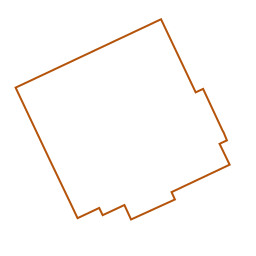 outline of Wyandot, Ohio, United States of America, rotated 245°
{"feature_id": "52423323B18569406073310", "entity_name": "Wyandot", "entity_type": "district", "adm_level": 2, "iso_a3": "USA", "parent_name": "United States of America", "parent_adm1": "Ohio", "projection": "mercator", "projection_center": [-83.399, 40.84], "detail": "fine", "context": "isolated", "style": "outline", "palette": "amber", "viewbox_px": 256, "rotation_deg": 245, "n_neighbors": 0, "source": "geoboundaries", "source_scale": "gbopen_adm2", "svg_char_len": 371}
<svg xmlns="http://www.w3.org/2000/svg" viewBox="0 0 256 256"><g transform="rotate(245 128 128)"><path d="M83.3,44.1L67.6,44.2L67.7,68.1L59.7,68.2L59.7,92.2L43.8,92.1L43.4,140.3L51.5,140.4L51.8,204.6L75.0,204.3L75.0,212.4L83.5,212.8L86.0,212.6L131.7,212.6L131.7,204.4L212.6,203.9L212.1,43.2L131.6,43.6L83.3,44.1Z" fill="none" stroke="#b45309" stroke-width="2"/></g></svg>